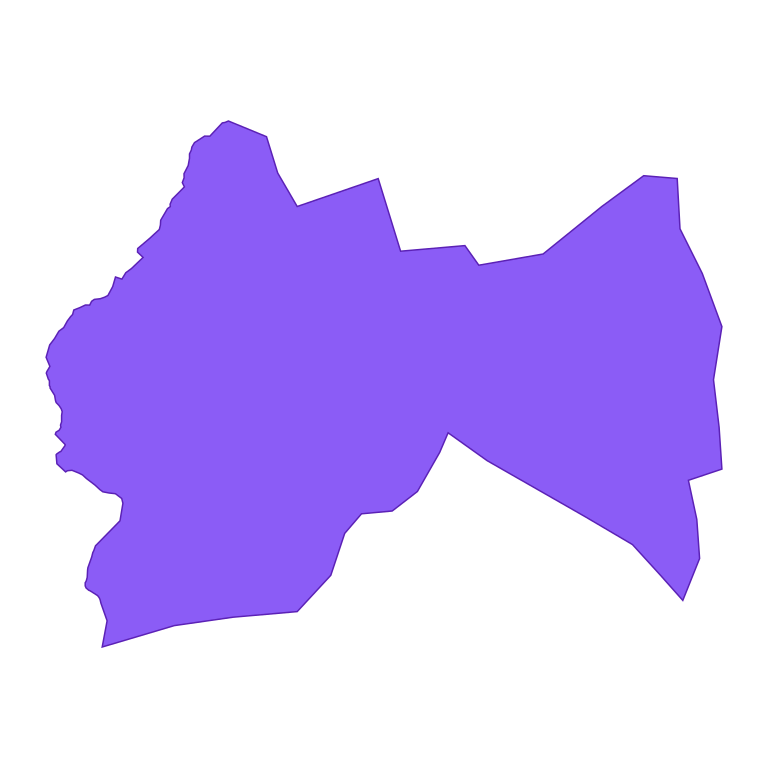 the district of Ablekuma North Municipal, Greater Accra, Ghana
{"feature_id": "2480657B23952932171735", "entity_name": "Ablekuma North Municipal", "entity_type": "district", "adm_level": 2, "iso_a3": "GHA", "parent_name": "Ghana", "parent_adm1": "Greater Accra", "projection": "orthographic", "projection_center": [-0.267, 5.581], "detail": "fine", "context": "isolated", "style": "filled", "palette": "violet", "viewbox_px": 768, "rotation_deg": 0, "n_neighbors": 0, "source": "geoboundaries", "source_scale": "gbopen_adm2", "svg_char_len": 1888}
<svg xmlns="http://www.w3.org/2000/svg" viewBox="0 0 768 768"><path d="M225.1,122.4L222.3,122.9L212.9,132.9L209.8,136.2L204.6,136.1L194.5,142.6L191.9,147.0L191.3,150.1L189.5,153.9L189.5,158.3L188.2,165.5L184.0,173.7L184.1,177.8L182.3,182.6L184.4,186.9L172.2,199.2L170.1,204.2L170.3,206.6L167.5,208.6L160.7,220.2L160.4,225.1L159.3,229.5L154.6,233.8L150.2,237.9L137.7,248.5L137.5,252.1L143.1,257.4L131.5,268.5L125.8,272.7L121.9,279.1L115.5,277.0L112.7,286.6L107.9,295.5L104.6,297.2L100.3,298.7L94.3,299.4L91.6,301.3L89.7,305.1L85.4,305.0L79.9,307.6L73.8,310.0L72.6,314.5L70.7,316.5L67.4,320.9L63.7,327.6L58.9,331.2L54.5,338.6L49.7,344.9L46.1,357.3L49.9,366.4L46.9,371.5L46.3,373.1L48.3,379.1L49.4,380.7L49.4,385.6L50.1,386.7L50.1,388.1L54.6,395.3L55.5,400.5L55.8,401.6L56.2,402.6L59.1,405.6L61.2,408.8L62.2,411.7L61.6,415.3L61.6,418.6L61.6,421.9L61.0,423.6L60.5,425.1L60.9,427.3L59.2,430.2L56.0,432.2L55.3,434.3L65.1,444.5L65.0,445.6L60.8,451.5L59.7,451.9L56.8,453.9L56.1,454.8L56.9,463.8L65.6,471.9L67.5,470.7L72.0,470.3L78.7,473.0L82.5,474.9L86.4,478.5L94.9,485.0L100.0,489.7L101.4,490.7L102.8,491.8L109.1,493.0L115.4,493.7L121.7,498.5L122.9,503.3L120.0,520.8L95.5,545.8L93.8,550.6L92.8,552.6L91.7,557.0L87.9,567.7L87.6,569.8L87.2,577.4L86.7,579.3L86.1,581.3L85.2,582.7L85.2,585.9L86.1,588.0L88.8,590.3L89.9,590.7L97.6,595.6L99.2,597.7L100.1,599.7L100.9,603.1L107.1,620.8L102.2,647.0L174.3,625.6L233.0,617.2L297.2,611.6L330.8,575.3L344.7,533.4L361.5,513.8L392.2,511.0L417.4,491.5L439.7,452.4L448.1,432.8L487.2,460.7L585.0,516.6L632.5,544.6L660.5,575.3L682.8,600.4L699.6,558.5L696.8,519.4L688.4,480.3L721.9,469.1L719.1,427.2L713.5,379.7L721.9,326.6L702.3,273.5L680.0,228.8L677.2,178.5L643.7,175.7L601.8,206.5L543.1,254.0L478.8,265.2L464.9,245.6L400.6,251.2L378.2,178.6L297.2,206.5L277.7,173.0L266.5,136.7L228.4,121.0L225.1,122.4Z" fill="#8b5cf6" stroke="#5b21b6" stroke-width="1.5"/></svg>